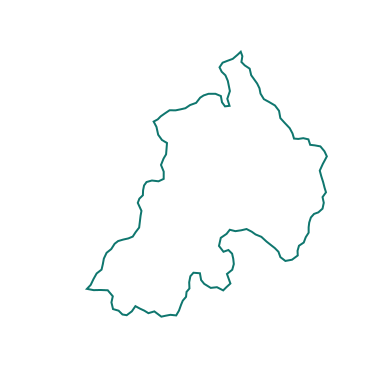 the district of Cipotânea, Minas Gerais, Brazil, rotated 334°
{"feature_id": "56859067B10436357826838", "entity_name": "Cipotânea", "entity_type": "district", "adm_level": 2, "iso_a3": "BRA", "parent_name": "Brazil", "parent_adm1": "Minas Gerais", "projection": "natural_earth1", "projection_center": [-43.36, -20.915], "detail": "fine", "context": "isolated", "style": "outline", "palette": "teal", "viewbox_px": 384, "rotation_deg": 334, "n_neighbors": 0, "source": "geoboundaries", "source_scale": "gbopen_adm2", "svg_char_len": 2221}
<svg xmlns="http://www.w3.org/2000/svg" viewBox="0 0 384 384"><g transform="rotate(334 192 192)"><path d="M305.7,259.5L307.1,253.8L312.3,251.0L313.0,246.4L314.2,240.6L315.1,234.5L316.2,228.8L321.9,224.1L325.4,221.6L328.8,219.1L328.9,213.5L327.4,207.3L322.8,203.9L318.9,201.4L319.7,195.7L315.6,192.4L310.8,190.9L307.1,188.7L308.0,183.5L307.8,177.5L305.7,170.8L303.8,164.3L305.8,157.2L304.5,150.6L300.6,144.7L297.3,140.1L296.7,133.6L298.1,128.4L298.1,123.0L297.3,118.3L296.4,113.0L297.9,106.4L294.9,101.3L293.4,96.8L296.8,92.0L297.3,87.3L293.2,88.6L287.0,90.2L281.1,89.6L276.2,89.2L271.4,92.0L271.4,96.9L273.2,101.8L272.9,107.8L270.3,117.9L264.6,123.7L263.5,131.0L259.2,129.5L258.3,124.5L260.0,118.4L256.1,114.0L250.0,111.0L244.8,110.3L240.7,110.8L234.8,113.7L228.4,113.0L222.8,113.8L218.0,112.7L213.0,111.4L207.7,108.7L201.9,109.5L197.0,110.3L193.1,111.7L188.4,111.9L188.6,117.9L186.7,125.7L187.8,132.1L191.0,137.0L188.0,142.1L185.2,146.8L181.2,149.4L176.0,154.1L175.5,161.3L172.3,167.8L166.6,167.7L161.0,164.1L155.5,163.1L151.8,165.1L148.8,169.0L146.4,173.4L141.8,174.9L138.5,178.0L138.3,186.8L135.3,190.9L132.4,195.4L128.9,200.8L123.7,203.4L119.2,206.1L114.4,205.8L109.3,204.6L104.1,203.7L99.8,204.6L94.4,207.9L88.6,209.2L83.6,213.2L80.2,217.8L76.7,222.1L70.6,223.4L65.4,227.0L60.2,231.1L55.1,233.0L60.6,237.1L66.7,239.9L73.2,243.4L75.1,251.0L71.2,255.9L69.7,262.6L74.0,266.5L75.8,271.6L79.3,274.1L85.6,272.9L91.1,269.8L94.1,274.0L97.1,277.7L99.7,281.8L105.8,282.8L109.8,290.6L113.9,291.6L118.7,292.9L123.7,296.0L128.3,292.9L132.8,288.5L136.1,285.6L140.7,283.6L143.3,279.4L147.4,277.6L149.9,271.9L153.6,267.0L157.9,265.2L163.5,268.5L161.6,275.1L162.7,279.9L166.8,286.4L172.7,288.5L176.9,294.1L181.3,292.6L186.4,291.1L187.5,281.0L194.1,279.5L198.0,275.1L199.8,270.1L201.0,265.0L199.3,260.1L194.1,259.5L192.6,252.3L197.8,245.8L204.7,244.8L209.4,242.5L213.8,246.2L219.5,248.0L224.8,249.2L228.3,253.9L230.5,258.0L234.7,262.7L237.2,269.1L239.7,274.3L241.8,278.6L243.5,283.6L242.9,289.3L245.7,294.9L252.2,296.7L259.2,295.4L261.1,291.1L264.6,287.2L270.3,286.4L274.4,282.5L279.0,279.7L281.4,274.8L284.0,270.8L287.7,267.0L292.1,265.2L296.6,265.7L302.0,264.2L305.7,259.5Z" fill="none" stroke="#0f766e" stroke-width="2"/></g></svg>